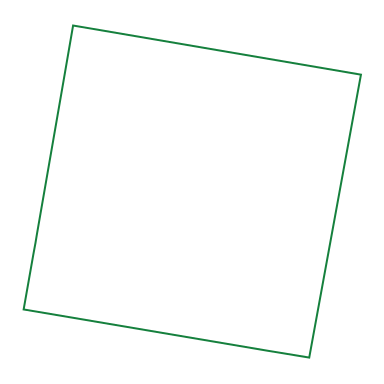 Wallace, Kansas, United States of America (orthographic projection), rotated 10°
{"feature_id": "52423323B26647811749037", "entity_name": "Wallace", "entity_type": "district", "adm_level": 2, "iso_a3": "USA", "parent_name": "United States of America", "parent_adm1": "Kansas", "projection": "orthographic", "projection_center": [-101.931, 38.916], "detail": "fine", "context": "isolated", "style": "outline", "palette": "green", "viewbox_px": 384, "rotation_deg": 10, "n_neighbors": 0, "source": "geoboundaries", "source_scale": "gbopen_adm2", "svg_char_len": 319}
<svg xmlns="http://www.w3.org/2000/svg" viewBox="0 0 384 384"><g transform="rotate(10 192 192)"><path d="M46.6,336.9L293.5,335.2L336.2,334.7L338.0,47.1L46.0,48.7L46.0,51.0L46.2,105.7L46.6,260.3L46.7,269.5L46.6,280.1L46.6,288.9L46.6,298.6L46.6,299.3L46.6,336.9Z" fill="none" stroke="#15803d" stroke-width="2"/></g></svg>